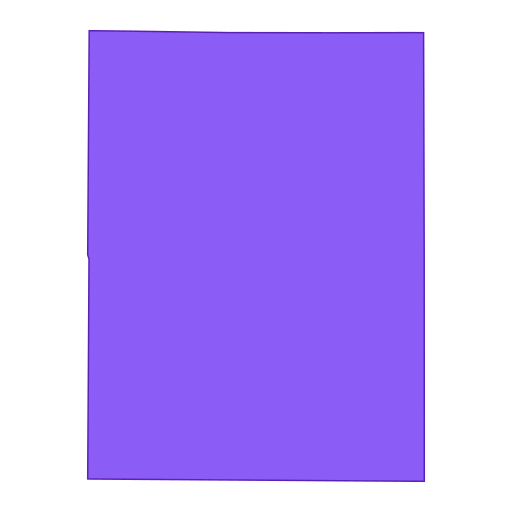 the district of Brown, South Dakota, United States of America
{"feature_id": "52423323B36671572190514", "entity_name": "Brown", "entity_type": "district", "adm_level": 2, "iso_a3": "USA", "parent_name": "United States of America", "parent_adm1": "South Dakota", "projection": "albers", "projection_center": [-98.311, 45.59], "detail": "fine", "context": "isolated", "style": "filled", "palette": "violet", "viewbox_px": 512, "rotation_deg": 0, "n_neighbors": 0, "source": "geoboundaries", "source_scale": "gbopen_adm2", "svg_char_len": 355}
<svg xmlns="http://www.w3.org/2000/svg" viewBox="0 0 512 512"><path d="M424.2,256.8L423.9,144.5L423.6,32.7L420.0,32.7L410.5,32.6L410.4,32.6L382.5,32.7L331.3,32.8L330.8,32.8L228.2,32.6L186.7,32.0L133.6,31.2L89.2,30.7L87.7,254.8L89.0,259.0L88.4,366.9L87.7,478.9L89.9,479.0L424.3,481.3L424.2,256.8Z" fill="#8b5cf6" stroke="#5b21b6" stroke-width="1.5"/></svg>